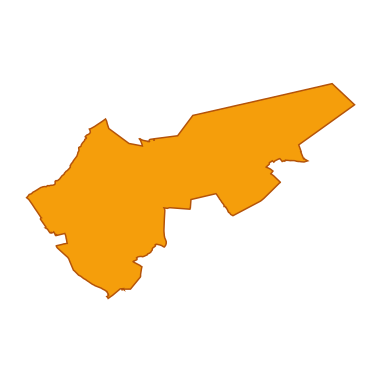 the district of De Fryske Marren, Friesland, Netherlands, rotated 178°
{"feature_id": "6326949B89893145575998", "entity_name": "De Fryske Marren", "entity_type": "district", "adm_level": 2, "iso_a3": "NLD", "parent_name": "Netherlands", "parent_adm1": "Friesland", "projection": "robinson", "projection_center": [5.755, 52.912], "detail": "fine", "context": "isolated", "style": "filled", "palette": "amber", "viewbox_px": 384, "rotation_deg": 178, "n_neighbors": 0, "source": "geoboundaries", "source_scale": "gbopen_adm2", "svg_char_len": 5812}
<svg xmlns="http://www.w3.org/2000/svg" viewBox="0 0 384 384"><g transform="rotate(178 192 192)"><path d="M279.5,88.6L279.2,88.8L277.9,89.6L277.1,90.2L275.0,91.5L269.8,95.6L267.1,97.7L264.8,97.8L265.2,97.5L265.2,97.4L265.2,97.2L265.5,97.0L265.3,96.6L264.7,96.8L264.5,97.0L264.2,97.2L263.8,97.0L263.4,96.7L263.6,97.2L263.5,97.3L256.9,97.1L246.6,108.8L246.3,109.7L246.3,110.9L246.2,111.8L245.1,117.5L244.9,117.9L244.7,119.1L246.1,119.9L246.3,120.3L247.7,121.1L251.6,123.3L252.2,123.7L252.9,124.1L253.2,124.3L253.3,124.5L253.0,124.8L249.8,126.1L249.6,126.2L249.4,126.5L249.2,127.0L249.5,127.7L249.8,128.1L249.7,128.3L248.1,129.1L247.0,129.3L245.7,129.4L244.7,129.3L244.4,129.3L243.8,129.1L243.5,129.0L242.0,129.5L238.9,130.8L238.7,131.0L238.6,131.5L238.4,131.7L236.8,132.3L235.7,133.0L235.2,133.4L234.9,134.1L233.9,135.2L233.7,135.7L233.7,136.5L233.6,136.8L233.4,137.1L233.1,137.4L231.0,138.9L230.4,139.4L230.3,139.6L230.7,140.3L230.7,140.5L229.7,141.0L229.2,141.1L227.9,140.7L225.9,140.2L224.2,139.5L222.6,138.4L221.8,138.0L221.5,138.0L220.5,139.3L220.0,140.1L219.7,141.1L219.5,141.7L219.5,142.6L219.5,143.4L220.0,145.0L220.6,146.5L220.9,147.3L221.0,148.1L221.2,149.2L221.4,153.3L221.4,154.7L220.6,165.6L219.8,174.4L219.9,175.2L220.1,176.3L220.5,177.1L217.2,176.5L215.6,177.0L214.7,177.1L194.7,174.9L194.4,176.2L194.2,176.2L194.1,177.1L193.3,184.5L168.1,189.5L166.8,187.7L165.8,186.0L165.2,185.1L164.9,184.6L164.8,184.1L164.0,183.3L163.9,183.0L163.6,182.6L162.6,180.8L162.4,180.6L162.3,180.4L161.9,179.9L160.9,178.5L160.6,177.9L160.4,177.3L160.5,177.1L160.5,176.4L159.6,176.4L159.0,175.7L158.9,175.5L158.7,175.6L157.5,173.5L157.5,173.4L157.2,173.0L157.0,172.3L156.7,171.8L156.8,171.7L156.5,171.2L156.3,170.6L155.9,170.2L155.6,170.1L154.9,169.5L154.5,168.9L154.2,168.3L151.9,166.9L124.7,180.1L123.7,180.6L122.3,181.6L120.3,183.2L114.4,188.6L113.6,189.3L104.0,198.2L103.5,198.4L103.4,198.7L109.9,205.4L111.3,206.5L112.1,207.1L112.6,207.3L112.7,207.5L111.9,208.2L110.6,209.8L110.5,210.0L110.4,210.1L112.5,211.9L113.2,212.4L115.9,213.8L116.3,213.9L116.9,214.1L117.1,214.2L117.1,214.3L114.5,216.5L113.8,217.1L113.6,218.7L111.9,219.5L111.1,220.0L110.7,220.4L109.2,219.0L107.9,220.3L103.5,222.3L103.1,222.0L102.9,222.1L101.6,220.5L101.0,219.7L100.9,219.4L100.3,219.4L98.8,220.1L98.3,219.6L97.5,220.1L96.8,220.3L96.9,220.5L93.8,220.1L93.4,220.0L92.8,219.9L92.6,219.9L92.7,220.0L88.8,219.8L87.4,219.5L86.9,219.2L86.4,219.1L85.0,218.8L83.5,218.7L81.8,218.4L79.0,218.1L75.3,219.1L78.6,221.2L78.8,221.3L78.8,221.5L79.3,221.3L81.9,228.3L81.5,228.4L82.1,230.4L83.7,235.4L65.0,247.8L26.5,273.5L48.2,295.4L115.1,282.5L188.5,268.5L204.4,248.7L228.1,246.5L227.9,245.3L227.9,245.1L228.2,245.0L228.4,245.1L228.5,245.3L228.7,246.4L231.7,246.1L232.4,245.9L232.7,245.7L232.9,245.3L233.2,244.3L232.8,244.2L232.7,244.1L232.8,243.9L233.0,243.8L233.6,243.9L234.5,244.0L234.5,244.3L236.1,244.6L238.6,245.2L239.5,245.5L241.0,246.2L241.5,246.6L242.2,247.1L242.7,246.9L242.4,246.6L242.5,246.6L242.4,246.4L242.0,245.9L241.5,245.0L240.1,240.7L240.1,240.3L240.0,239.7L253.3,242.7L272.9,258.3L274.2,262.7L274.8,265.5L275.0,266.2L275.9,268.0L278.8,266.0L284.0,262.8L287.0,260.9L290.9,258.9L292.4,258.5L292.2,258.0L291.6,256.7L291.6,255.8L291.5,255.4L292.0,254.4L292.5,253.9L293.4,253.3L293.9,253.0L294.6,252.9L295.1,252.6L296.1,251.7L296.8,251.1L296.8,250.9L296.7,250.7L295.7,250.0L295.7,249.7L295.7,249.4L295.9,249.2L296.9,248.6L297.3,248.3L297.4,248.1L297.5,247.3L297.8,246.9L299.7,244.9L300.3,244.0L300.4,243.9L300.7,243.5L301.1,242.7L301.2,242.0L301.3,241.8L301.8,241.2L302.6,241.0L303.6,240.4L303.7,239.9L303.6,238.6L303.5,238.0L303.6,237.1L304.0,236.6L304.7,235.2L304.8,234.9L304.9,234.1L305.6,232.5L305.7,232.0L309.1,227.8L309.7,227.0L309.8,226.8L309.8,226.5L310.7,225.5L311.9,224.1L312.1,223.5L312.3,223.1L312.7,222.9L312.8,222.6L312.8,221.6L312.7,221.2L312.8,220.9L314.3,219.3L314.9,218.8L315.5,218.1L316.5,217.4L317.1,217.1L317.5,216.7L318.2,215.8L318.7,215.4L319.0,215.0L319.1,214.5L319.3,214.1L321.3,212.8L321.9,212.0L322.9,210.9L323.5,210.0L323.9,209.6L325.5,208.4L325.9,208.2L326.5,208.0L327.4,208.0L327.5,208.1L327.9,207.9L328.1,207.7L328.3,207.6L328.5,207.0L328.4,206.5L328.5,205.1L328.9,204.4L329.0,204.3L330.2,203.8L331.2,203.6L333.1,203.6L333.7,203.5L334.3,203.2L334.7,203.2L335.5,203.4L336.2,203.4L336.6,203.2L336.9,202.8L337.5,202.4L338.8,202.6L339.1,202.6L340.9,202.4L341.6,202.1L342.9,201.8L345.7,200.2L346.1,199.9L347.6,199.1L348.2,198.7L351.2,197.2L351.9,196.4L353.0,195.7L353.4,195.6L354.5,195.3L354.8,195.2L356.1,193.5L357.5,192.1L356.2,191.0L355.2,190.0L355.0,189.7L351.9,184.9L349.3,180.6L347.8,178.3L347.6,178.0L347.3,177.5L343.8,171.8L343.7,171.7L343.8,171.7L344.4,170.5L344.3,170.3L344.4,170.1L339.3,162.2L339.2,162.0L339.4,161.4L339.7,161.3L339.5,161.2L339.1,160.7L338.2,160.3L337.8,160.0L336.0,157.1L335.1,156.0L334.8,156.1L334.7,156.4L334.2,156.6L333.7,155.9L332.0,156.5L331.6,156.9L330.4,154.8L330.2,154.5L329.9,154.3L329.6,154.2L328.9,154.1L328.8,153.8L330.0,153.6L329.7,153.2L329.3,153.2L323.5,154.4L320.6,155.0L320.0,153.6L319.6,152.0L319.6,151.9L319.4,150.2L319.2,149.7L319.3,149.7L319.1,148.7L318.7,146.0L318.5,145.0L319.2,145.0L321.2,144.6L321.5,144.7L322.0,144.6L323.5,144.2L323.9,144.1L329.1,143.1L329.5,143.0L329.5,142.6L329.1,141.7L328.4,140.7L322.5,134.9L319.7,132.2L318.5,131.1L317.9,130.1L317.4,129.3L316.5,126.7L313.2,118.0L312.3,117.3L308.9,113.6L308.6,113.2L308.3,112.9L306.1,111.7L303.9,109.8L302.7,108.9L302.3,108.7L301.3,108.2L301.1,107.9L300.7,107.6L299.6,106.8L294.7,103.2L293.4,102.6L292.8,102.1L291.9,101.6L286.3,99.2L284.0,97.7L282.7,97.1L282.4,96.8L281.6,96.3L280.9,95.5L280.4,94.9L280.3,95.0L279.8,93.8L279.5,93.5L279.1,92.7L279.1,92.4L279.5,92.2L279.3,91.9L279.0,91.6L279.0,91.4L280.8,90.5L280.6,90.3L279.7,89.1L279.5,88.6Z" fill="#f59e0b" stroke="#b45309" stroke-width="1.5"/></g></svg>